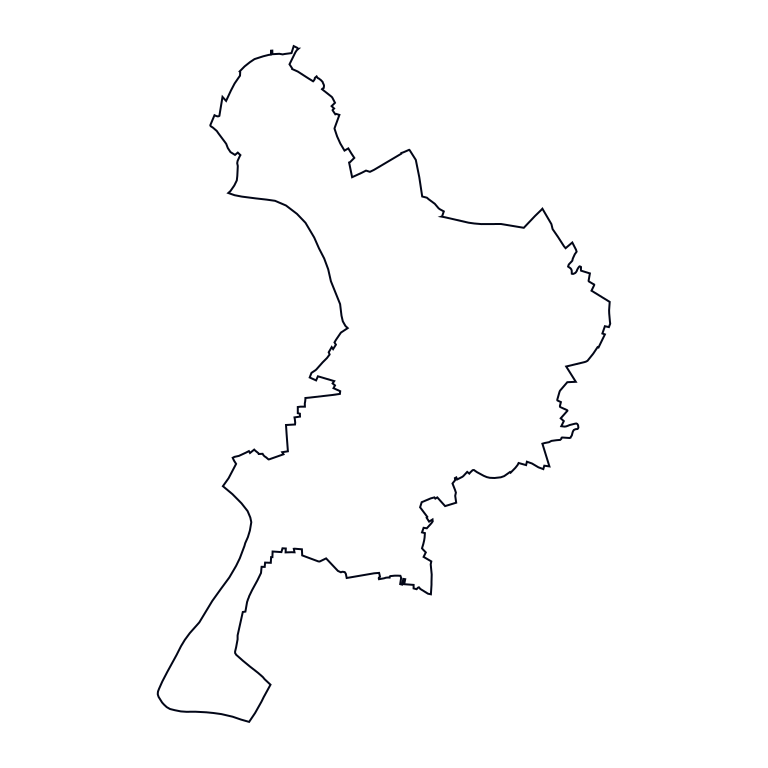 Gia Lam, Ha Noi, Vietnam (Albers equal-area conic projection)
{"feature_id": "81297802B60728672974675", "entity_name": "Gia Lam", "entity_type": "district", "adm_level": 2, "iso_a3": "VNM", "parent_name": "Vietnam", "parent_adm1": "Ha Noi", "projection": "albers", "projection_center": [105.948, 21.024], "detail": "fine", "context": "isolated", "style": "outline", "palette": "ink", "viewbox_px": 768, "rotation_deg": 0, "n_neighbors": 0, "source": "geoboundaries", "source_scale": "gbopen_adm2", "svg_char_len": 6075}
<svg xmlns="http://www.w3.org/2000/svg" viewBox="0 0 768 768"><path d="M228.3,193.0L234.6,195.2L241.8,196.6L255.8,198.4L266.5,199.6L275.0,200.8L286.0,205.5L297.0,213.9L305.5,222.8L314.2,237.5L319.0,248.4L324.2,258.5L328.2,269.3L330.9,281.2L340.1,304.1L341.5,315.7L342.8,321.3L345.4,325.9L347.7,328.1L340.9,332.6L336.0,339.8L334.5,342.4L335.9,344.7L333.1,349.1L331.7,347.1L328.7,352.3L329.2,353.3L329.6,354.5L327.0,358.0L322.6,362.4L316.4,369.4L315.5,370.2L312.0,372.5L311.4,373.0L309.7,377.5L316.1,380.4L317.9,376.3L334.2,381.1L332.6,383.4L335.0,385.4L333.5,388.2L340.2,391.2L339.9,393.9L332.3,395.0L309.6,397.6L305.4,398.0L305.4,399.1L305.2,401.2L304.8,403.5L304.9,406.7L300.3,406.7L297.8,407.0L297.8,413.2L299.9,413.7L300.0,416.6L294.5,417.4L294.9,419.7L295.2,422.8L295.0,424.5L286.0,425.0L286.6,434.1L287.9,451.3L282.2,452.2L283.5,454.3L269.3,459.3L268.5,459.4L265.9,457.2L264.5,456.3L263.3,455.0L262.6,453.8L258.7,454.0L258.3,453.1L255.3,450.7L254.2,449.6L250.0,453.0L248.9,451.1L245.8,452.7L238.9,455.9L234.4,456.9L232.7,457.8L234.0,460.6L236.1,463.9L228.6,478.2L222.9,486.2L232.4,494.1L241.5,503.3L247.6,511.1L250.3,517.5L251.3,522.2L249.9,530.5L247.9,537.1L245.2,543.2L244.5,545.8L239.8,558.3L236.1,565.9L229.3,577.5L220.9,588.9L212.3,600.9L199.3,622.4L189.8,633.1L184.8,639.9L181.0,646.2L176.5,655.1L167.4,671.7L162.3,681.5L159.0,688.9L158.0,691.5L157.8,693.3L157.8,694.5L158.6,696.9L162.1,702.5L164.0,704.6L166.7,707.1L170.0,709.0L174.8,710.2L180.8,711.4L186.5,711.8L194.9,711.7L206.3,712.3L213.4,713.0L221.4,714.1L232.6,716.7L241.1,719.6L249.1,721.9L255.1,713.0L261.5,701.6L263.6,697.3L270.5,684.7L264.6,679.2L262.9,677.1L258.1,672.9L249.9,666.5L243.1,660.9L236.2,654.8L235.1,653.0L235.1,651.5L236.1,647.4L237.6,639.3L237.6,635.4L242.8,612.0L245.4,611.6L247.1,601.9L247.8,600.0L247.8,599.7L248.8,597.4L249.1,596.3L252.1,590.1L257.4,580.4L261.0,573.0L261.6,566.8L264.7,566.9L265.1,562.6L270.8,562.8L271.1,557.1L272.4,557.1L272.6,551.5L281.4,552.1L282.5,548.3L285.8,548.5L285.6,552.4L291.5,552.2L294.5,552.3L293.8,548.8L294.5,548.7L301.9,549.3L302.2,555.4L318.3,561.4L319.7,561.5L326.1,558.4L337.9,570.9L340.9,572.3L342.2,571.8L342.9,571.8L344.7,572.1L345.8,573.7L346.7,578.0L374.1,573.3L379.1,572.9L380.0,576.7L378.9,577.6L378.8,578.5L379.0,579.2L384.1,578.3L385.9,577.7L387.9,577.5L389.6,577.6L389.8,576.5L390.3,576.1L394.5,575.7L398.6,575.7L400.4,575.8L401.0,577.4L401.1,578.1L400.2,584.1L402.1,584.6L403.3,578.9L405.2,579.2L404.2,584.2L413.6,584.9L413.6,588.4L416.6,589.2L417.8,587.8L418.9,587.3L420.4,589.0L428.0,593.7L430.9,594.3L431.5,584.7L431.5,581.8L431.7,574.5L430.7,564.3L431.3,561.4L423.6,556.9L425.8,552.4L422.9,549.4L422.0,548.3L423.3,544.0L424.2,540.2L424.6,537.5L424.9,533.1L422.0,532.4L423.6,527.8L426.8,528.3L431.5,523.1L432.7,521.4L432.5,519.5L429.1,521.6L426.6,517.7L427.3,516.9L420.1,507.3L421.7,502.2L430.7,498.4L434.4,497.4L435.3,498.6L437.3,497.4L445.1,506.1L456.2,502.7L455.2,495.8L455.9,492.6L454.9,489.6L452.5,483.5L455.1,480.2L454.9,478.1L456.3,477.4L457.1,479.5L462.4,476.8L463.4,476.0L467.2,471.9L469.3,473.6L470.2,472.5L472.6,470.2L473.9,470.0L476.9,472.1L483.7,475.8L486.8,477.1L489.8,477.8L494.5,478.0L500.8,477.3L504.2,476.1L510.0,472.0L510.6,472.7L515.3,467.9L517.6,465.0L518.6,463.0L526.1,465.1L526.9,461.7L532.0,463.5L538.4,467.3L543.3,469.1L544.3,465.7L549.4,466.4L542.4,443.7L544.8,443.0L549.0,442.2L551.4,440.9L556.5,440.2L560.2,439.9L561.3,438.8L561.6,437.7L562.1,437.5L569.6,438.0L570.6,437.6L570.8,436.9L571.8,435.5L572.6,432.4L573.0,431.3L573.8,430.0L575.5,429.2L577.4,429.0L578.0,428.5L578.4,427.5L578.1,425.5L577.8,424.7L577.2,423.9L576.3,423.5L575.0,423.7L569.4,425.1L568.6,425.5L566.1,426.4L564.6,426.6L561.3,426.2L563.8,421.1L560.7,418.3L567.4,410.8L567.4,410.5L567.0,410.1L560.3,407.1L560.0,406.7L559.9,406.0L560.9,402.1L557.5,400.5L557.3,400.2L557.3,399.6L559.5,391.9L560.0,390.7L567.3,382.2L575.8,381.8L566.2,366.5L584.1,362.2L585.8,361.7L587.5,360.8L593.2,353.7L597.6,347.1L598.5,347.5L604.9,334.4L602.4,333.5L604.9,326.2L608.9,327.1L610.2,323.7L609.9,321.3L609.2,313.4L609.1,310.3L609.7,301.9L591.5,290.7L594.2,285.1L594.2,284.6L589.1,281.6L588.7,281.2L588.6,280.7L589.9,273.4L581.1,270.7L580.9,269.8L581.0,267.0L580.5,266.6L579.5,266.4L579.0,266.9L578.3,267.8L577.3,269.5L576.7,271.1L575.9,272.3L575.2,273.0L573.3,273.9L572.3,273.9L571.8,273.7L571.7,270.5L571.2,269.2L570.4,268.2L568.1,266.6L568.6,264.9L569.2,264.0L571.9,261.2L572.3,260.7L572.8,258.6L574.8,254.2L576.6,251.7L576.0,249.7L572.3,242.5L565.6,248.2L564.0,246.3L558.1,237.1L552.6,229.1L551.4,224.1L542.4,208.7L541.1,210.1L535.0,216.0L523.8,227.8L501.0,224.0L481.5,224.1L474.4,223.5L468.6,222.7L445.1,217.3L441.5,216.6L442.1,216.4L443.8,211.4L439.8,209.2L438.6,208.3L434.8,203.8L428.6,199.2L426.9,197.7L422.2,196.5L419.3,177.3L415.8,159.9L409.8,150.4L409.4,149.9L409.2,149.8L403.2,152.4L401.3,153.0L401.3,153.7L374.1,169.8L370.0,171.8L369.8,171.8L366.0,170.6L361.7,172.8L352.1,177.2L349.1,162.5L350.1,162.1L354.3,157.9L351.2,153.2L348.3,148.4L344.5,150.6L340.3,143.5L337.1,136.4L334.5,128.6L334.7,127.8L339.4,114.9L336.1,113.9L335.3,114.3L332.6,110.3L332.7,109.8L334.1,108.5L331.6,106.1L335.0,102.8L332.2,97.4L331.4,96.6L322.0,89.2L322.4,88.7L323.7,88.0L323.9,86.7L324.0,85.6L323.8,84.8L322.8,82.6L322.6,81.9L320.9,80.1L318.5,78.3L318.0,78.2L317.4,77.7L316.6,76.4L315.2,77.6L314.8,78.1L314.7,79.2L313.8,80.6L313.1,81.3L308.1,78.2L297.7,71.5L292.1,69.0L292.1,68.3L289.5,64.3L295.4,52.3L296.8,50.2L298.5,48.7L297.8,48.7L297.5,48.5L297.2,47.8L293.7,46.1L291.5,53.1L284.6,54.0L282.7,54.4L279.3,53.8L272.4,54.2L272.3,50.6L271.0,50.7L271.0,54.6L268.7,54.9L263.2,56.3L254.5,59.1L249.9,62.2L244.6,66.4L239.6,71.5L240.2,72.1L240.0,75.7L238.5,77.8L234.6,83.5L230.9,90.6L226.1,100.9L222.5,96.9L220.2,110.8L219.4,115.8L218.8,116.2L217.8,116.4L216.1,116.0L214.5,115.2L210.3,125.2L210.7,126.2L212.9,127.6L216.8,131.0L218.3,133.2L226.2,143.8L227.8,148.0L230.5,152.1L235.0,154.9L237.8,152.6L240.4,155.1L239.7,156.3L237.6,160.9L237.2,163.2L237.8,166.0L237.3,176.0L236.8,180.4L234.3,185.5L230.4,191.1L228.3,193.0Z" fill="none" stroke="#020617" stroke-width="2"/></svg>